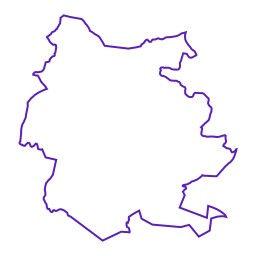 San Mateo Piñas, Oaxaca, Mexico (Robinson projection)
{"feature_id": "50627088B69367718674541", "entity_name": "San Mateo Piñas", "entity_type": "district", "adm_level": 2, "iso_a3": "MEX", "parent_name": "Mexico", "parent_adm1": "Oaxaca", "projection": "robinson", "projection_center": [-96.334, 15.975], "detail": "fine", "context": "isolated", "style": "outline", "palette": "violet", "viewbox_px": 256, "rotation_deg": 0, "n_neighbors": 0, "source": "geoboundaries", "source_scale": "gbopen_adm2", "svg_char_len": 5688}
<svg xmlns="http://www.w3.org/2000/svg" viewBox="0 0 256 256"><path d="M185.8,32.3L184.0,32.9L182.8,33.1L181.6,33.4L180.4,34.2L179.1,35.0L177.1,35.9L176.0,36.2L172.7,36.8L169.5,37.2L168.4,37.2L166.7,37.3L165.4,37.6L164.4,38.4L163.4,38.8L162.5,39.2L161.5,39.3L160.4,39.1L159.2,38.7L158.4,38.3L156.4,38.9L155.3,39.5L153.8,39.6L153.2,39.5L152.5,39.6L152.0,40.2L151.5,41.1L150.9,41.8L149.4,41.8L147.8,40.1L147.0,39.6L146.2,39.9L145.5,40.6L144.8,41.3L144.2,42.4L143.6,43.2L142.7,43.7L142.1,44.3L141.5,44.4L140.8,46.3L138.2,46.8L136.5,47.3L128.4,48.6L104.7,45.8L104.0,44.8L103.5,43.7L103.1,43.0L102.3,41.6L99.8,37.6L98.9,36.5L96.2,34.8L94.9,34.2L94.0,33.5L92.5,32.3L90.4,31.1L89.8,30.8L89.6,29.7L88.9,28.1L86.7,24.9L85.7,24.0L84.1,21.5L83.3,20.6L81.5,19.0L70.7,17.1L63.7,15.4L60.5,17.9L60.5,19.7L60.2,21.7L60.2,23.0L60.0,23.6L59.3,24.5L58.5,26.0L58.2,26.6L57.7,27.2L56.9,29.0L56.2,29.2L54.7,31.1L52.8,31.9L51.8,32.5L50.8,34.2L47.9,36.4L47.1,36.7L46.9,37.1L47.4,37.8L48.9,39.9L49.3,40.8L49.9,41.9L50.9,42.9L52.6,44.4L53.6,44.8L54.5,44.7L55.0,44.6L55.5,44.8L56.0,45.3L56.0,46.1L56.2,47.6L55.8,49.7L55.7,50.6L55.4,52.1L55.1,53.0L54.5,53.6L54.7,54.6L54.7,55.4L54.3,56.0L52.4,56.5L51.2,57.7L50.3,58.8L49.9,59.1L49.7,59.9L49.7,60.7L49.3,61.3L48.8,61.7L48.2,61.9L45.8,62.3L45.4,63.2L45.3,64.3L44.9,65.6L44.5,66.6L44.4,67.7L44.0,68.7L43.5,69.8L42.4,70.9L41.8,71.4L41.3,71.6L39.5,71.9L38.8,72.2L35.4,72.1L34.2,72.6L33.2,74.1L33.2,74.7L35.8,75.5L37.9,75.6L41.3,82.0L45.3,86.3L46.9,88.9L45.3,89.4L43.7,90.1L40.5,91.6L39.1,92.3L37.9,93.0L35.2,94.7L30.9,98.5L29.3,100.6L27.6,102.5L27.8,105.8L27.0,110.2L26.1,114.3L25.7,117.6L23.4,122.7L22.5,124.1L21.9,126.0L21.3,129.0L21.1,132.1L21.2,133.7L20.8,136.0L20.7,138.3L20.5,139.1L20.4,139.3L20.4,140.6L20.4,141.3L19.9,141.9L19.6,142.5L19.5,143.0L20.0,143.9L20.9,144.4L21.7,144.9L22.5,144.9L23.2,145.6L24.0,145.8L24.8,145.9L25.7,144.8L27.8,142.8L29.1,143.0L29.6,143.4L30.4,145.6L31.0,146.4L31.7,146.9L32.3,146.7L33.7,145.9L35.1,144.5L35.6,143.7L36.4,143.8L36.9,143.9L37.3,145.0L37.7,146.3L37.8,147.7L38.1,148.9L38.8,149.2L41.1,149.7L42.2,149.3L45.6,157.4L56.2,159.8L52.9,174.7L50.4,178.4L48.1,180.6L47.2,182.0L46.1,183.2L45.1,187.3L44.8,189.9L45.3,192.3L45.4,194.3L45.3,195.4L44.2,196.7L43.8,197.6L43.6,198.5L43.8,199.4L44.8,201.4L45.4,202.8L46.1,203.5L46.3,203.9L46.6,204.7L46.8,206.4L46.8,206.7L47.1,207.5L47.5,208.7L48.3,209.0L49.3,209.0L49.6,209.8L50.6,211.5L51.4,211.9L51.9,212.0L52.4,211.9L52.7,211.6L53.0,210.6L53.4,210.4L53.6,210.2L54.1,210.1L54.5,210.3L55.0,210.7L55.9,211.0L57.3,210.6L58.4,209.8L60.3,209.2L61.0,209.3L62.1,209.6L63.5,210.1L66.3,212.0L66.7,212.3L67.3,212.9L67.6,214.2L67.8,215.0L68.1,215.5L70.6,216.6L102.6,240.6L121.2,231.7L128.4,232.2L129.5,232.4L129.7,231.3L129.2,229.3L128.9,228.2L128.4,227.7L127.0,226.9L126.7,226.2L126.8,225.5L126.6,224.8L126.4,224.2L126.6,222.8L127.0,222.4L127.6,222.5L127.9,222.7L128.4,221.3L128.9,220.2L129.1,219.4L128.7,218.2L129.0,216.7L129.7,216.4L131.4,215.1L135.0,212.9L139.2,210.6L141.6,218.7L152.4,224.6L180.7,227.1L189.2,224.9L198.8,236.6L209.7,230.6L211.2,218.5L217.5,216.6L220.2,216.4L222.3,216.2L224.5,216.4L226.1,216.9L225.6,215.8L224.9,214.7L223.5,213.5L220.4,211.3L216.8,209.2L213.1,207.6L208.2,205.9L206.9,217.8L179.7,207.6L184.7,195.2L182.9,191.7L184.5,189.8L186.0,188.7L186.1,188.1L185.9,187.4L185.5,186.9L185.0,186.6L184.2,186.5L182.9,186.2L182.8,185.6L183.5,185.0L185.8,184.6L187.2,184.3L190.1,182.9L191.5,181.7L192.2,181.3L193.5,181.1L194.6,180.6L196.7,179.7L198.8,178.4L201.4,176.4L202.3,175.2L204.1,175.8L206.1,175.8L216.6,176.3L223.4,168.6L225.8,165.9L227.3,164.7L228.2,163.6L230.3,162.2L231.7,160.7L233.4,158.3L234.5,155.8L236.2,150.8L236.5,149.2L236.1,149.3L235.1,150.9L234.2,151.6L233.1,152.1L232.1,152.4L231.3,151.4L230.5,149.5L230.2,149.1L228.4,148.4L226.4,148.2L225.7,147.5L225.2,146.9L224.5,146.7L223.3,146.1L223.4,145.5L223.6,144.9L224.3,143.8L224.9,143.6L225.5,142.8L225.9,142.0L226.0,141.3L226.0,140.7L225.6,138.8L225.5,138.1L225.6,136.4L225.6,135.7L225.0,135.2L224.2,135.4L222.8,135.7L221.5,136.0L221.0,136.3L219.3,136.7L218.2,136.9L216.8,137.0L215.1,136.8L214.0,136.6L212.7,136.6L211.2,136.5L208.0,136.7L206.3,136.6L205.4,136.2L203.9,136.1L203.2,136.0L202.4,135.6L201.5,134.6L201.3,133.9L201.4,132.6L201.8,130.4L202.2,129.0L202.0,128.0L201.7,127.5L201.1,127.4L201.7,126.5L202.2,126.1L203.0,125.5L204.8,123.5L206.1,122.5L207.9,120.9L208.7,120.1L209.4,118.2L210.2,114.7L210.7,113.1L211.4,111.4L211.6,108.6L211.1,107.3L210.4,106.7L209.5,106.0L208.7,104.7L208.2,103.7L208.1,102.4L208.5,101.3L208.7,100.1L208.7,98.9L208.5,98.3L208.0,98.0L207.3,97.4L205.8,95.8L204.8,94.7L203.6,93.7L202.2,93.1L199.3,93.1L196.7,92.9L195.0,92.9L193.9,93.8L193.5,95.1L192.8,96.4L192.1,96.9L191.0,97.1L190.0,97.0L188.9,96.8L188.2,96.4L187.7,95.9L186.8,95.4L186.3,94.7L185.4,93.9L185.2,92.8L185.1,90.8L185.2,90.2L185.5,89.2L185.4,88.1L185.1,87.5L183.6,86.6L182.7,86.3L180.7,84.9L180.2,83.2L179.8,82.6L179.5,82.1L178.0,81.7L177.4,81.2L176.1,80.7L174.7,80.8L173.5,80.7L172.4,80.6L171.5,80.6L170.6,80.3L169.9,80.2L168.8,79.2L168.0,78.6L167.1,78.0L166.1,77.1L163.7,76.1L161.5,75.7L160.2,74.4L160.0,73.2L160.2,72.0L160.5,71.2L160.9,70.3L160.6,69.9L160.2,68.8L160.8,67.8L162.3,67.4L163.2,67.4L163.9,67.8L168.2,67.7L169.6,68.0L170.5,68.4L171.8,69.2L174.7,69.6L177.2,69.6L178.5,69.4L179.2,68.6L179.8,67.3L180.1,65.9L179.9,64.6L179.9,62.9L180.9,61.0L183.2,53.3L186.9,53.9L187.5,55.0L188.7,56.8L189.6,57.4L190.3,57.8L191.8,57.5L193.0,57.1L194.0,56.4L195.3,55.8L196.3,55.2L196.3,54.4L195.7,53.4L194.7,51.3L193.0,50.2L192.0,49.5L191.4,48.9L190.6,47.6L189.6,46.3L189.0,45.6L188.4,45.1L187.6,43.7L186.4,42.1L185.8,40.8L185.3,39.4L185.1,38.0L185.0,35.3L185.8,32.3Z" fill="none" stroke="#5b21b6" stroke-width="2"/></svg>